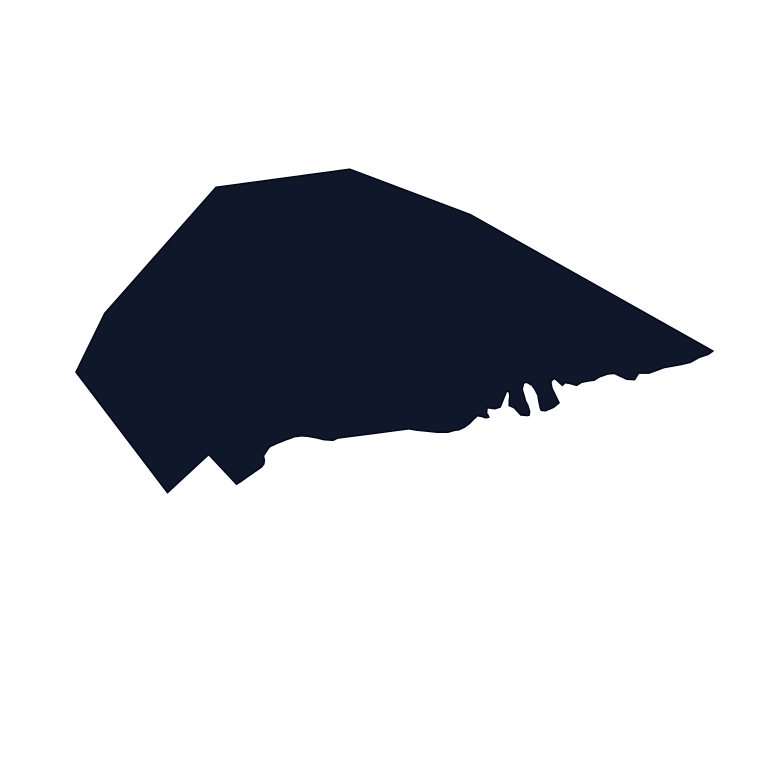 the district of Zemam Out, Qina, Egypt, rotated 205°
{"feature_id": "37247803B68668933434677", "entity_name": "Zemam Out", "entity_type": "district", "adm_level": 2, "iso_a3": "EGY", "parent_name": "Egypt", "parent_adm1": "Qina", "projection": "robinson", "projection_center": [32.613, 25.633], "detail": "fine", "context": "isolated", "style": "filled", "palette": "ink", "viewbox_px": 768, "rotation_deg": 205, "n_neighbors": 0, "source": "geoboundaries", "source_scale": "gbopen_adm2", "svg_char_len": 1525}
<svg xmlns="http://www.w3.org/2000/svg" viewBox="0 0 768 768"><g transform="rotate(205 384 384)"><path d="M406.3,311.5L403.1,315.4L362.9,340.9L342.7,353.8L334.3,356.2L315.0,362.9L305.8,367.2L300.1,372.1L296.8,374.1L296.0,375.1L292.8,378.9L289.7,384.6L288.2,389.2L285.9,394.8L280.9,396.0L277.5,396.3L276.6,397.0L275.0,398.2L276.8,399.9L278.6,400.7L280.6,406.1L273.0,408.4L268.9,412.3L269.5,423.1L269.9,429.5L267.3,429.6L266.4,428.8L264.5,425.3L263.5,421.7L262.5,420.0L261.5,417.3L256.4,417.6L254.6,416.9L246.8,413.7L245.1,414.4L240.9,415.9L239.3,417.0L240.3,420.5L244.9,425.7L248.4,428.2L251.2,431.6L256.6,437.6L257.8,443.9L255.4,445.9L253.1,445.7L249.4,445.4L244.9,442.9L239.6,438.7L236.8,434.4L232.2,428.3L230.4,426.6L228.1,427.3L227.6,427.5L226.4,427.9L221.2,433.7L220.5,434.5L219.9,435.7L217.4,440.9L230.0,451.2L233.7,456.4L233.0,459.2L231.4,461.1L229.4,460.5L221.8,458.1L221.4,459.1L220.3,461.8L215.3,463.1L208.8,464.2L205.6,469.1L199.7,473.4L195.1,476.3L192.0,481.2L185.6,487.5L179.7,490.9L172.4,490.9L166.0,490.9L158.7,493.8L157.8,501.5L148.3,505.9L137.3,517.1L122.8,527.3L115.5,533.1L109.6,541.3L102.7,547.8L99.9,552.7L99.8,552.9L377.3,574.0L505.9,564.2L619.4,491.3L667.0,330.0L668.2,264.6L534.3,194.0L513.1,246.0L475.3,230.8L472.3,235.5L469.2,241.1L459.9,257.0L459.1,260.8L460.2,264.4L462.9,267.9L461.7,276.1L461.0,278.9L456.2,284.6L448.9,292.4L444.8,296.3L443.2,298.2L436.6,302.3L430.7,304.5L422.7,306.6L421.4,306.9L414.7,308.2L406.3,311.5L406.3,311.5Z" fill="#0f172a" stroke="#020617" stroke-width="1.5"/></g></svg>